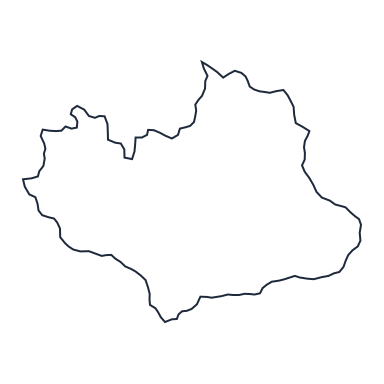 Bom Jesus da Penha, Minas Gerais, Brazil (Mercator projection)
{"feature_id": "56859067B40299678999449", "entity_name": "Bom Jesus da Penha", "entity_type": "district", "adm_level": 2, "iso_a3": "BRA", "parent_name": "Brazil", "parent_adm1": "Minas Gerais", "projection": "mercator", "projection_center": [-46.535, -21.01], "detail": "fine", "context": "isolated", "style": "outline", "palette": "slate", "viewbox_px": 384, "rotation_deg": 0, "n_neighbors": 0, "source": "geoboundaries", "source_scale": "gbopen_adm2", "svg_char_len": 2183}
<svg xmlns="http://www.w3.org/2000/svg" viewBox="0 0 384 384"><path d="M201.9,62.0L203.8,68.3L207.5,75.9L205.3,81.0L205.0,88.6L202.1,95.7L198.6,99.7L195.3,104.6L196.2,110.7L195.2,116.5L194.0,122.0L190.1,125.9L185.4,127.3L179.9,128.6L178.0,134.9L171.9,138.5L165.3,135.7L160.0,132.8L153.9,130.2L148.1,129.9L147.0,134.9L141.9,137.5L135.6,137.5L135.1,144.9L134.5,151.4L132.1,159.1L124.5,157.6L124.3,149.4L120.8,143.5L115.2,142.7L108.0,139.7L107.8,132.0L107.5,124.1L104.6,116.3L99.2,116.0L95.0,117.8L88.9,116.0L84.2,109.6L77.1,105.9L72.1,109.4L70.8,114.3L75.2,117.2L77.4,121.7L76.8,127.6L71.5,128.6L65.5,126.5L61.4,130.7L55.8,131.1L49.5,130.7L42.7,129.6L40.7,136.0L44.2,143.5L45.4,148.8L43.9,153.6L44.7,158.6L43.4,165.9L39.3,171.2L37.9,176.4L31.7,178.3L23.0,179.3L24.8,186.7L29.3,194.4L35.4,197.2L37.6,204.0L38.5,210.4L42.2,215.2L49.1,217.4L54.0,218.5L57.2,222.5L60.0,228.5L60.2,237.2L65.0,243.1L68.5,246.4L73.2,249.5L80.3,251.4L88.9,251.2L96.5,254.0L101.7,255.9L106.3,255.1L111.3,254.9L115.5,258.8L120.5,261.9L125.2,266.4L131.2,269.0L135.6,271.5L140.9,275.6L145.6,280.1L148.1,287.7L149.7,294.0L149.5,299.5L150.0,304.9L155.5,308.3L158.1,312.2L160.8,317.2L165.0,322.0L171.9,319.3L176.8,319.0L178.5,314.5L182.0,311.3L186.8,310.8L191.5,309.0L196.9,304.3L200.4,296.7L206.7,296.9L211.6,297.7L221.2,296.2L227.9,294.5L232.8,295.0L239.0,295.0L244.6,293.8L249.5,294.0L254.6,294.5L260.0,293.3L262.7,288.0L266.6,284.8L271.8,281.7L278.7,280.7L284.0,279.4L290.2,277.4L294.9,275.9L299.8,277.5L307.5,278.7L313.8,279.2L321.4,277.2L328.5,275.9L334.0,273.3L339.3,272.0L343.5,266.9L345.7,260.7L348.2,255.1L352.5,250.3L357.8,246.4L360.4,240.6L359.7,232.7L361.0,224.8L359.0,219.1L355.0,216.2L350.6,212.4L345.5,207.3L340.9,206.0L335.2,204.5L329.8,200.6L321.9,197.6L316.5,191.9L313.3,184.8L309.2,177.8L304.7,171.7L302.0,165.4L304.7,159.6L304.9,152.8L304.0,147.2L304.9,141.0L307.7,135.7L309.4,131.1L302.7,126.9L295.8,123.1L294.2,115.0L293.6,106.8L290.7,101.0L287.6,95.2L283.4,90.0L276.0,91.2L269.9,92.8L264.7,92.0L259.5,91.3L253.9,89.4L249.7,86.5L247.7,80.9L245.6,76.5L241.4,72.9L234.8,70.8L228.8,73.9L223.2,77.6L217.1,72.0L211.9,68.3L207.0,65.0L201.9,62.0Z" fill="none" stroke="#1e293b" stroke-width="2"/></svg>